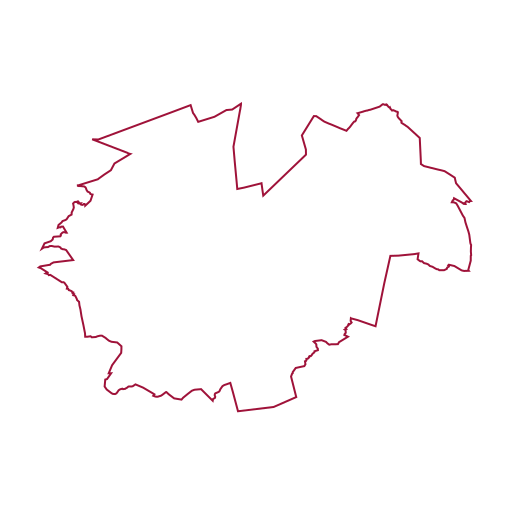 outline of Tolimán, Querétaro, Mexico, rotated 267°
{"feature_id": "50627088B20666054453423", "entity_name": "Tolimán", "entity_type": "district", "adm_level": 2, "iso_a3": "MEX", "parent_name": "Mexico", "parent_adm1": "Querétaro", "projection": "equal_earth", "projection_center": [-99.936, 20.913], "detail": "fine", "context": "isolated", "style": "outline", "palette": "rose", "viewbox_px": 512, "rotation_deg": 267, "n_neighbors": 0, "source": "geoboundaries", "source_scale": "gbopen_adm2", "svg_char_len": 5961}
<svg xmlns="http://www.w3.org/2000/svg" viewBox="0 0 512 512"><g transform="rotate(267 256 256)"><path d="M101.9,229.9L104.3,265.7L113.0,288.8L133.8,284.7L136.6,285.9L137.0,286.5L138.1,286.6L142.1,289.8L143.0,295.2L143.5,298.5L145.3,299.7L148.3,299.4L148.7,300.6L149.4,300.9L150.6,300.9L150.6,301.7L150.9,302.6L151.6,303.1L151.9,303.8L152.9,303.8L153.3,304.5L153.2,305.5L154.0,306.4L155.0,307.0L155.9,308.0L156.7,309.2L157.8,309.4L158.7,312.9L160.2,312.9L162.2,311.6L164.6,311.6L165.5,311.0L167.5,309.1L168.0,310.3L168.5,317.1L166.6,321.4L165.1,322.7L163.6,324.5L163.9,326.6L163.7,330.1L163.7,333.2L165.6,334.4L170.6,343.6L172.0,341.1L172.5,340.1L173.5,340.5L174.6,341.6L177.4,341.6L177.9,340.8L178.4,341.7L178.4,342.3L179.6,341.7L180.3,342.9L182.0,344.7L182.5,344.5L183.3,345.0L183.0,345.9L183.8,347.2L184.6,348.0L186.2,347.1L188.9,347.5L188.7,347.8L186.6,354.3L181.2,367.6L179.6,371.7L183.1,372.6L187.4,373.7L222.2,382.7L241.9,388.2L249.1,390.2L248.9,398.1L249.6,414.1L250.1,418.4L244.3,417.2L242.4,419.4L242.0,420.3L242.1,421.5L240.1,423.4L239.4,425.9L238.5,427.7L237.0,429.0L236.0,431.7L234.1,434.5L233.4,435.8L233.1,437.3L232.2,438.3L232.0,443.2L233.2,445.9L234.4,446.3L235.4,448.1L236.1,448.1L236.6,447.5L237.2,448.1L235.6,453.6L231.0,460.4L230.7,461.1L230.2,463.0L230.1,467.7L230.8,467.2L240.1,470.2L245.0,470.5L245.5,470.9L249.2,470.8L253.1,471.1L255.8,471.4L256.9,470.9L258.2,470.7L266.0,470.1L267.5,469.8L269.4,469.4L274.5,468.0L278.7,466.9L283.1,466.2L285.5,464.7L295.7,460.0L298.1,458.7L299.2,456.5L299.4,454.4L301.1,455.3L302.1,456.5L303.3,456.8L298.7,464.3L297.2,466.1L297.1,466.8L297.7,466.5L297.3,467.9L298.2,467.6L299.5,468.8L299.7,469.0L299.5,469.8L299.2,470.4L298.7,471.7L299.7,472.5L299.7,473.5L306.0,468.8L307.8,467.4L310.4,465.5L318.2,459.6L320.8,459.1L323.8,458.6L327.3,453.8L330.9,448.7L331.0,448.3L331.7,446.1L332.2,444.4L332.7,442.6L333.3,440.6L333.7,439.3L334.4,437.1L335.1,434.6L335.2,434.4L337.0,428.5L337.3,428.1L339.2,425.5L343.2,425.6L365.3,425.7L377.0,414.2L377.3,413.8L378.4,412.3L378.8,411.9L381.2,408.5L381.5,408.2L382.3,408.2L383.0,408.5L386.0,405.9L386.8,405.3L387.7,404.8L388.8,404.5L390.5,404.9L392.2,405.2L392.6,404.8L392.7,404.3L392.8,404.0L392.9,403.6L393.1,403.3L393.1,403.2L393.6,402.5L393.7,402.2L394.4,400.8L394.2,400.3L394.3,399.8L394.3,399.7L394.2,399.5L395.0,399.0L395.5,398.2L397.4,397.5L397.1,397.2L398.0,396.1L399.2,395.3L400.0,394.8L399.8,394.3L400.0,393.8L400.5,393.8L400.3,392.3L400.9,391.1L400.9,390.4L398.7,387.3L396.0,377.5L396.0,376.8L395.4,374.6L395.4,373.9L394.7,370.7L394.5,370.4L394.5,370.2L393.3,365.0L393.2,365.1L392.1,365.7L391.6,366.1L391.3,366.3L390.2,365.4L389.3,364.7L388.9,364.3L388.8,364.1L388.5,363.9L387.7,363.3L386.7,363.1L385.3,362.2L385.1,361.1L384.7,360.7L383.9,359.9L383.1,359.2L382.5,358.7L382.4,358.6L380.2,356.8L380.1,356.7L378.8,355.4L378.1,354.5L377.7,354.2L376.3,352.9L378.6,347.9L379.4,346.1L379.9,345.2L383.2,338.4L384.1,336.4L384.2,336.1L385.1,334.3L386.5,331.5L386.8,331.0L388.6,328.6L388.9,328.3L392.5,323.5L392.7,321.1L374.0,308.1L359.7,311.4L354.6,311.2L315.9,266.4L321.3,265.9L328.4,265.3L328.1,264.0L324.9,247.6L323.9,240.8L329.6,240.6L351.4,239.7L366.3,239.2L402.9,247.8L403.0,247.9L405.0,248.3L407.3,248.8L408.7,249.0L408.9,249.0L403.5,239.9L403.3,234.1L397.2,221.8L393.0,205.3L396.9,203.6L400.3,201.8L402.1,200.6L410.1,198.6L403.8,178.7L387.0,125.1L380.6,104.7L381.1,98.5L365.9,132.7L365.0,134.2L364.5,135.8L363.6,134.1L357.4,122.5L355.8,119.5L349.3,115.6L348.4,114.1L345.3,108.8L341.9,103.5L340.9,102.1L335.9,82.4L335.9,81.8L335.4,81.8L335.1,82.7L335.1,83.9L334.7,86.4L334.5,87.9L333.6,89.2L332.5,89.8L331.1,90.1L329.1,91.2L328.6,92.3L327.9,93.4L326.7,93.8L326.2,94.8L325.9,96.0L324.8,95.6L319.8,93.6L317.1,90.4L315.2,88.1L316.4,88.1L316.9,87.5L316.9,86.6L316.1,85.6L316.4,84.1L317.3,83.1L317.8,83.6L317.8,81.3L318.3,80.9L318.8,81.9L319.3,81.6L319.3,80.7L319.8,80.7L319.3,79.2L319.5,78.3L319.5,78.2L319.2,77.4L318.0,76.1L316.1,76.4L314.0,76.6L312.5,76.1L309.1,74.2L307.0,74.0L305.6,71.0L302.6,68.8L301.9,67.6L301.0,64.6L299.7,63.6L297.3,60.4L294.5,59.5L295.0,61.1L294.8,62.3L295.5,62.9L295.5,64.8L292.4,66.4L289.2,68.1L289.2,67.4L289.7,66.7L289.7,66.0L289.9,64.8L289.2,63.6L287.8,62.1L286.7,62.2L286.2,61.9L285.9,61.6L285.8,55.2L285.0,54.3L283.1,53.8L281.5,51.8L279.7,45.5L274.5,42.6L275.6,44.5L275.8,46.8L275.8,48.8L276.7,50.5L276.7,52.5L275.9,55.3L275.8,59.3L274.8,61.1L273.7,61.7L272.9,63.3L272.7,64.8L271.9,66.7L261.5,73.2L260.2,53.5L258.9,50.7L258.0,49.9L257.9,48.6L256.9,40.0L255.9,38.5L255.0,40.6L250.6,46.8L249.6,45.0L248.7,47.5L247.7,48.1L247.9,49.6L239.9,60.8L239.9,62.3L239.4,63.2L235.1,66.0L233.3,65.4L233.1,66.7L231.7,67.3L231.6,67.9L230.5,70.1L229.7,70.4L229.2,71.6L228.2,71.0L227.5,72.3L226.4,71.6L226.0,72.9L225.5,73.5L222.5,74.8L221.4,75.0L219.5,76.9L216.0,77.1L211.7,77.9L207.6,78.3L204.8,78.6L196.2,80.0L187.8,81.2L184.3,81.2L184.2,83.4L184.5,86.6L183.4,87.8L183.5,91.8L184.1,93.4L184.6,96.1L184.5,98.0L182.0,101.6L181.0,102.5L180.5,103.2L179.7,104.0L179.0,104.9L177.9,107.2L177.6,108.9L177.3,110.7L176.9,112.9L172.9,116.9L169.8,116.7L166.3,116.3L154.5,106.6L146.6,102.8L146.5,105.2L140.9,100.8L140.5,99.0L133.6,98.0L130.5,99.9L126.5,104.6L125.8,105.8L125.5,108.0L126.1,109.4L127.5,110.6L129.1,111.8L130.0,113.4L130.5,115.6L130.0,116.2L130.2,118.4L130.6,119.0L131.2,120.3L132.2,121.6L132.4,122.3L132.3,123.3L132.2,125.0L132.3,125.5L132.4,126.1L134.1,128.9L130.5,136.3L124.7,145.1L123.2,147.3L121.8,146.1L120.9,148.1L120.6,149.8L120.7,150.9L121.0,151.9L121.4,153.7L122.2,155.1L124.8,158.9L124.8,159.4L122.5,161.6L118.1,166.8L116.5,174.1L118.3,175.8L121.8,180.6L124.8,184.9L125.5,187.0L125.6,187.4L125.7,188.2L125.9,194.2L125.1,194.9L113.7,205.2L115.4,205.6L116.2,207.1L116.6,207.7L117.8,207.9L118.7,207.5L120.0,207.6L120.5,207.8L120.9,208.1L121.1,208.5L121.8,210.5L122.3,211.7L122.6,212.1L123.3,212.7L124.7,213.3L127.8,215.7L128.8,217.6L129.5,220.1L130.6,223.7L121.3,225.8L101.9,229.9Z" fill="none" stroke="#9f1239" stroke-width="2"/></g></svg>